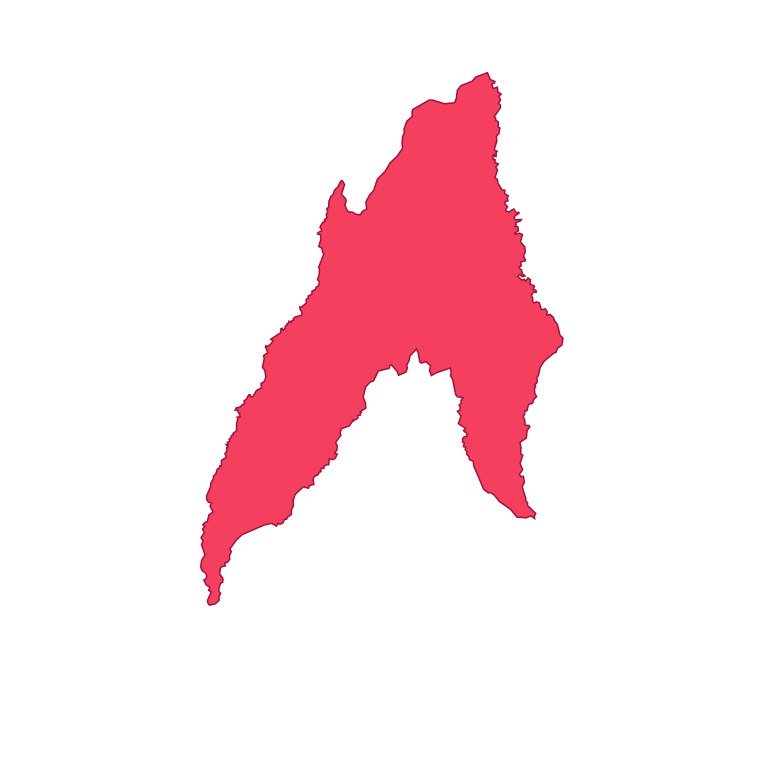 the district of Piendamó, Cauca, Colombia, rotated 232°
{"feature_id": "7082276B51071963604741", "entity_name": "Piendamó", "entity_type": "district", "adm_level": 2, "iso_a3": "COL", "parent_name": "Colombia", "parent_adm1": "Cauca", "projection": "orthographic", "projection_center": [-76.57, 2.735], "detail": "fine", "context": "isolated", "style": "filled", "palette": "rose", "viewbox_px": 768, "rotation_deg": 232, "n_neighbors": 0, "source": "geoboundaries", "source_scale": "gbopen_adm2", "svg_char_len": 6171}
<svg xmlns="http://www.w3.org/2000/svg" viewBox="0 0 768 768"><g transform="rotate(232 384 384)"><path d="M565.6,657.2L569.4,645.4L568.3,639.8L571.7,628.5L570.4,622.8L564.4,616.7L562.2,612.6L567.8,604.0L577.7,597.2L579.9,594.5L582.6,575.8L581.0,573.4L577.5,571.2L577.0,563.6L572.6,556.8L569.4,554.6L567.4,550.9L562.8,546.6L558.3,543.8L555.3,534.2L554.5,524.9L551.0,516.3L549.5,504.9L542.9,495.1L542.0,489.7L538.7,481.9L532.5,478.1L533.3,473.0L532.0,469.7L534.3,466.8L539.0,464.8L541.6,461.9L545.1,462.1L549.4,463.6L551.0,466.4L553.5,467.9L559.7,467.3L565.4,475.7L569.5,476.3L570.4,475.9L570.1,473.6L567.6,468.9L567.3,464.5L564.4,460.2L564.7,458.0L562.0,453.2L557.4,449.2L557.4,446.7L554.3,445.6L553.2,442.8L550.0,441.5L550.2,438.3L548.3,437.6L549.1,435.4L547.8,431.6L546.8,430.0L544.4,430.0L543.1,428.7L543.9,425.4L543.1,424.0L540.5,425.9L536.9,423.4L532.6,417.3L529.0,418.7L525.5,416.6L523.9,417.1L516.1,404.2L514.3,403.9L510.1,400.2L507.1,395.8L504.3,396.1L501.6,392.6L502.2,390.4L500.7,387.8L501.6,384.6L499.1,382.2L500.0,378.3L498.4,377.4L498.5,374.7L495.6,372.6L495.5,366.1L496.6,365.1L494.1,363.7L491.3,363.7L488.9,361.7L491.7,354.4L491.2,352.6L489.9,352.1L490.8,349.4L489.9,348.7L492.0,347.8L490.8,346.1L491.2,344.8L490.1,344.2L490.5,342.1L488.4,339.6L488.6,337.6L490.7,338.0L491.0,336.7L488.0,334.1L489.0,322.3L486.3,323.2L485.1,318.7L485.5,314.7L486.9,314.5L486.5,313.6L480.2,311.7L480.6,306.6L477.9,305.4L471.9,298.4L468.4,298.6L462.6,295.4L460.7,293.1L459.7,290.8L460.1,287.4L456.3,285.0L457.4,279.5L454.9,273.2L455.6,271.2L458.2,271.8L458.8,270.9L456.7,266.0L457.0,263.5L454.3,261.8L455.0,259.4L454.4,256.5L456.2,252.9L455.0,250.6L453.6,252.7L451.2,251.5L450.0,252.5L449.4,251.4L446.7,250.7L448.3,247.8L446.9,247.7L443.2,243.1L437.9,239.0L438.0,234.6L436.5,233.8L437.4,232.1L435.7,230.0L435.9,228.0L433.8,227.0L434.5,224.7L432.3,223.7L433.5,222.3L430.5,222.4L430.7,220.9L427.7,218.4L427.2,215.9L423.4,214.7L423.8,208.7L419.5,205.4L420.6,204.0L419.0,202.3L419.6,200.2L416.8,196.3L416.5,192.9L414.3,191.2L412.6,186.6L409.6,183.8L405.2,175.5L402.2,173.2L399.1,172.9L396.3,174.8L394.9,171.7L388.4,170.5L388.7,165.6L384.4,160.1L385.2,158.1L384.6,154.5L382.1,155.0L381.4,151.6L377.6,150.9L375.6,145.3L371.4,144.6L370.0,141.4L359.5,137.7L357.4,131.8L352.8,127.0L349.1,125.7L345.2,126.9L341.7,126.2L339.9,123.2L340.6,121.7L339.9,121.1L334.7,120.2L331.3,121.7L329.4,118.7L326.5,119.9L322.3,111.9L320.3,110.5L317.2,110.3L314.6,115.7L315.2,121.1L318.3,123.2L319.5,126.3L322.5,126.3L324.5,128.1L327.5,132.3L327.1,134.7L328.6,136.4L330.3,137.4L335.4,137.5L339.7,141.8L339.8,144.2L338.3,147.0L341.4,148.5L339.9,150.4L340.7,154.4L343.8,156.5L346.0,160.6L348.8,160.9L351.9,171.2L352.7,179.4L346.7,202.5L343.4,209.6L338.3,211.7L339.4,214.9L337.6,215.5L336.7,218.9L338.6,222.2L337.4,223.9L338.5,226.2L338.2,230.7L341.6,233.3L343.9,237.7L348.0,240.5L351.6,245.9L352.7,257.1L348.4,260.3L349.9,263.1L348.0,266.8L352.6,269.6L354.1,272.1L353.1,276.1L354.4,278.6L353.7,280.5L355.3,281.1L356.0,283.0L354.5,284.5L355.9,286.0L356.0,288.5L354.4,290.7L358.9,295.0L356.3,296.5L355.3,299.5L357.5,303.9L360.1,302.5L360.8,306.2L364.7,309.5L365.8,309.1L367.9,310.4L370.2,318.6L372.3,319.2L375.0,322.8L372.3,331.0L373.9,335.4L373.5,337.0L374.8,337.3L373.7,338.5L373.1,342.3L375.3,344.1L374.0,346.4L375.5,347.3L375.5,348.6L376.8,348.5L376.2,354.8L380.6,357.8L386.6,359.5L393.0,367.8L394.1,374.0L392.9,377.8L397.8,387.6L393.2,397.5L394.8,400.0L394.6,401.7L385.9,402.1L381.9,400.9L379.9,408.5L382.2,412.3L384.8,413.4L386.8,417.8L390.2,421.9L391.6,431.0L388.1,430.4L379.2,425.8L377.5,426.4L375.7,430.8L369.8,431.9L366.5,428.1L361.5,426.5L360.6,432.2L355.8,446.1L352.3,444.4L349.5,441.6L345.3,440.9L331.6,434.0L328.8,433.9L324.5,437.9L323.7,434.5L321.4,433.1L321.2,430.2L318.3,429.5L316.8,427.7L317.4,425.1L311.4,425.0L306.9,418.2L298.6,421.1L298.4,418.0L296.4,418.1L295.5,419.1L293.2,418.3L291.8,416.9L293.1,414.3L292.5,412.3L289.9,410.1L288.0,410.9L285.7,408.0L283.8,409.5L282.4,407.6L280.2,407.9L277.5,405.9L274.5,406.3L271.9,404.8L268.2,406.8L264.5,404.4L239.6,397.7L234.0,399.2L232.5,401.2L228.8,402.5L220.2,402.6L207.3,406.6L197.3,406.8L191.0,413.6L189.7,418.4L185.4,419.9L187.0,420.7L188.6,423.9L199.9,422.3L202.0,424.0L205.2,423.9L206.2,425.1L218.1,429.7L219.9,433.9L224.9,436.8L225.7,437.0L226.3,435.2L229.5,434.9L231.0,440.4L237.6,442.3L242.4,449.5L244.9,448.7L249.3,452.7L254.2,455.2L253.8,462.9L259.5,468.4L260.3,472.4L262.0,472.8L264.6,469.8L268.9,472.7L272.8,473.7L273.5,476.1L276.2,478.5L274.9,480.2L278.9,485.2L277.4,489.2L279.7,492.5L280.1,496.5L284.2,497.2L287.5,499.6L288.6,501.9L290.3,502.3L291.1,505.8L294.9,508.5L295.5,510.7L301.3,517.8L303.4,524.7L303.8,536.7L303.0,538.8L305.3,542.7L305.2,548.1L309.9,553.3L314.0,552.7L324.3,557.4L328.6,557.3L332.1,558.4L336.5,557.8L337.9,554.6L340.6,557.2L344.0,557.4L345.1,554.5L346.4,554.0L352.2,556.4L354.8,554.8L355.8,551.9L357.4,551.8L359.2,553.5L363.5,555.0L364.3,558.9L362.5,560.1L363.0,560.9L364.2,561.4L367.0,559.8L368.1,562.6L369.1,562.8L372.8,560.4L375.9,563.6L378.9,562.8L377.8,558.9L380.2,559.0L380.5,557.2L381.9,556.4L386.6,555.7L386.7,558.8L383.8,558.7L382.3,561.6L385.9,561.0L388.9,562.5L392.3,562.0L393.1,562.8L392.5,564.8L396.1,566.9L394.1,570.8L394.6,571.8L399.1,572.8L401.0,576.5L405.2,579.3L412.0,579.0L416.5,585.1L419.6,583.5L420.9,579.7L422.4,579.6L422.0,584.2L425.6,586.3L427.5,584.1L428.2,586.2L430.1,587.2L428.5,591.6L429.1,593.5L432.3,589.0L434.3,588.5L435.7,589.9L435.5,595.7L436.6,595.7L437.7,593.4L442.0,594.1L442.8,588.1L444.9,586.6L446.4,587.2L447.5,590.4L452.2,590.3L453.1,592.1L451.9,594.4L454.7,595.5L455.6,597.8L460.0,596.3L462.2,598.6L464.1,596.6L472.0,597.3L475.5,599.4L478.2,598.4L482.7,605.1L486.1,605.7L487.0,609.6L490.3,607.8L492.2,609.6L493.9,608.4L497.1,610.5L497.2,612.0L495.1,611.3L494.2,612.4L497.3,614.9L497.7,616.4L499.8,615.2L501.4,615.9L506.0,622.5L510.2,625.2L510.5,628.5L514.3,632.9L516.3,632.3L520.1,635.5L522.9,634.5L525.2,635.8L526.7,635.4L530.1,646.0L531.9,647.4L534.8,647.2L536.1,650.8L539.8,651.7L540.4,654.8L544.1,653.6L548.1,656.1L549.2,652.6L550.9,652.1L553.7,653.6L553.2,656.4L554.0,657.7L558.4,655.2L565.6,657.2Z" fill="#f43f5e" stroke="#9f1239" stroke-width="1.5"/></g></svg>